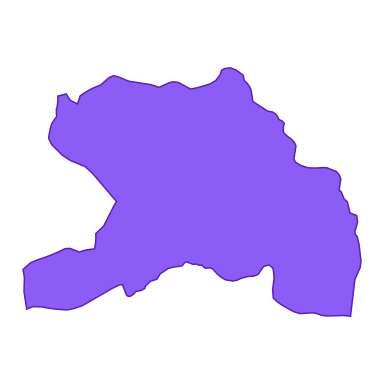 Ocna De Fier, Caras-Severin, Romania
{"feature_id": "2599482B48244841189290", "entity_name": "Ocna De Fier", "entity_type": "district", "adm_level": 2, "iso_a3": "ROU", "parent_name": "Romania", "parent_adm1": "Caras-Severin", "projection": "natural_earth1", "projection_center": [21.767, 45.343], "detail": "fine", "context": "isolated", "style": "filled", "palette": "violet", "viewbox_px": 384, "rotation_deg": 0, "n_neighbors": 0, "source": "geoboundaries", "source_scale": "gbopen_adm2", "svg_char_len": 2496}
<svg xmlns="http://www.w3.org/2000/svg" viewBox="0 0 384 384"><path d="M350.5,316.2L354.9,279.4L360.1,267.6L361.0,261.2L359.0,243.9L357.2,236.6L355.3,234.4L355.0,231.1L357.6,222.2L356.7,215.6L350.0,212.9L347.3,201.7L344.1,199.0L341.4,192.1L339.2,190.2L340.2,182.5L340.8,179.3L339.3,174.9L336.5,171.6L326.7,167.7L322.2,167.6L316.9,168.0L312.4,168.0L308.0,167.8L300.6,165.4L295.5,162.2L293.9,159.0L296.0,145.9L294.3,142.2L291.1,138.9L289.1,137.5L287.2,136.0L285.4,134.4L283.7,132.7L283.3,130.4L283.3,128.1L283.6,125.7L284.3,123.5L282.7,121.4L278.7,119.3L278.2,117.7L277.4,116.3L276.4,114.9L275.3,113.7L272.5,112.0L267.5,111.1L252.9,101.5L251.0,89.9L250.4,88.4L249.7,87.0L248.6,85.2L247.3,83.6L245.9,82.0L244.3,80.6L243.2,75.2L235.9,69.9L230.2,67.8L224.7,68.5L221.7,70.1L220.1,74.8L215.9,80.4L210.3,83.8L205.5,85.4L200.6,86.8L195.6,88.1L190.6,89.1L178.3,82.4L172.8,81.7L168.8,82.9L159.1,87.3L151.2,84.7L128.7,81.2L118.8,77.0L113.6,75.6L109.1,77.6L100.6,85.0L97.9,86.1L95.2,87.2L92.5,88.4L89.9,89.7L87.4,91.1L84.9,92.6L82.5,94.2L80.2,95.9L77.5,103.9L70.3,100.4L66.2,93.9L57.8,96.1L57.9,99.5L57.7,102.9L57.2,106.4L56.3,109.7L56.6,116.6L51.8,123.5L50.7,127.2L49.9,130.9L49.1,134.6L48.6,138.4L52.0,145.0L62.5,155.4L70.8,160.7L85.2,166.6L92.8,173.7L116.5,201.5L114.1,205.5L103.7,226.0L95.8,233.6L95.9,237.5L95.7,241.3L95.2,245.1L94.4,248.9L90.5,249.3L86.7,249.9L83.0,250.8L79.3,252.0L70.1,248.4L65.2,248.6L58.4,251.9L51.4,254.9L44.3,257.6L37.1,260.0L30.5,262.8L23.0,269.5L24.4,277.3L24.0,291.7L26.7,309.1L33.0,306.6L41.8,306.9L47.6,308.0L53.4,308.8L59.2,309.4L65.1,309.8L67.5,309.9L74.1,308.5L82.3,305.7L111.7,288.7L119.3,284.9L122.4,284.6L126.6,295.4L127.6,296.0L128.6,296.3L129.7,296.3L130.8,296.0L133.7,294.1L135.8,291.4L139.8,290.8L140.8,290.6L144.8,288.5L145.3,286.2L147.5,284.2L150.5,281.2L156.8,279.3L160.3,273.8L168.3,268.4L173.6,267.1L182.1,265.9L185.1,262.1L187.0,262.0L193.2,264.4L196.3,264.0L198.3,265.0L201.7,265.2L204.4,267.6L205.1,268.2L208.4,267.9L210.5,267.9L213.0,269.2L214.3,270.8L215.7,272.3L217.1,273.8L218.7,275.2L220.3,276.5L222.0,277.7L223.8,278.9L225.7,279.9L233.1,281.0L237.3,280.1L239.4,279.1L241.4,278.3L243.6,277.6L245.8,277.0L248.0,276.5L253.7,276.2L258.0,274.5L263.6,266.5L268.9,264.9L272.8,267.9L273.7,272.6L274.1,278.5L272.6,289.3L273.3,298.0L275.5,300.2L278.0,302.3L280.6,304.2L283.3,305.9L293.3,311.5L299.9,313.6L312.1,312.8L314.4,313.1L316.7,313.6L318.9,314.3L321.0,315.1L326.0,316.0L343.5,315.5L350.5,316.2Z" fill="#8b5cf6" stroke="#5b21b6" stroke-width="1.5"/></svg>